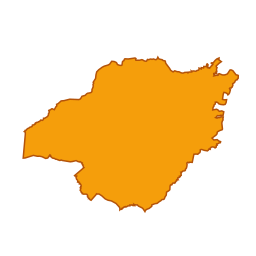 Ban Bueng, Chon Buri, Thailand (Natural Earth projection), rotated 98°
{"feature_id": "78962969B10446742029293", "entity_name": "Ban Bueng", "entity_type": "district", "adm_level": 2, "iso_a3": "THA", "parent_name": "Thailand", "parent_adm1": "Chon Buri", "projection": "natural_earth1", "projection_center": [101.2, 13.24], "detail": "fine", "context": "isolated", "style": "filled", "palette": "amber", "viewbox_px": 256, "rotation_deg": 98, "n_neighbors": 0, "source": "geoboundaries", "source_scale": "gbopen_adm2", "svg_char_len": 5709}
<svg xmlns="http://www.w3.org/2000/svg" viewBox="0 0 256 256"><g transform="rotate(98 128 128)"><path d="M102.3,35.6L98.6,35.4L98.0,37.5L98.8,39.9L97.5,41.6L97.1,43.0L98.3,46.6L95.7,46.6L94.3,45.9L93.4,46.1L92.0,44.9L90.3,45.1L90.3,44.4L89.9,43.8L90.7,42.1L91.4,41.5L91.8,39.4L91.7,36.7L91.1,35.1L89.2,34.4L86.2,34.3L86.7,36.4L86.5,38.4L81.3,38.4L79.4,38.0L79.4,36.6L80.1,34.6L81.3,33.7L80.4,32.9L79.0,32.3L75.9,31.9L75.6,32.5L74.7,33.0L74.2,32.6L74.1,31.4L73.3,31.1L73.1,30.6L71.1,30.1L69.6,30.5L68.1,28.8L66.7,28.5L65.4,27.6L64.9,26.4L64.2,26.5L63.4,25.8L60.7,26.1L60.4,26.6L60.3,28.4L56.6,32.2L56.1,34.1L56.4,35.1L60.6,37.1L61.6,38.8L62.1,40.1L62.3,41.9L61.5,45.2L62.1,46.2L63.0,46.0L63.4,46.4L63.2,47.0L64.4,50.2L63.4,49.9L63.0,50.5L62.1,50.7L61.8,50.1L61.8,49.8L62.1,49.7L61.7,48.2L61.5,48.4L61.1,48.1L60.7,48.1L60.5,48.8L59.6,48.5L59.5,48.0L57.3,48.6L55.8,48.2L55.3,49.0L54.3,49.3L51.2,46.8L49.3,44.8L47.6,47.9L47.2,47.5L46.0,47.6L47.3,49.7L48.8,51.0L51.6,52.7L51.9,54.5L52.3,54.6L52.6,54.3L52.7,53.3L53.2,52.8L54.6,53.6L54.7,54.0L56.0,54.6L56.8,55.3L56.9,55.9L57.4,55.7L57.2,57.7L54.3,57.5L53.9,58.4L53.5,58.4L53.5,58.6L54.5,59.0L55.7,58.9L56.0,59.3L56.3,59.1L56.5,61.5L58.0,61.5L58.0,63.8L59.3,63.7L58.8,66.0L59.8,65.8L60.9,66.2L61.4,67.6L62.4,68.7L62.4,71.1L62.9,72.9L62.8,73.1L63.6,72.7L63.7,73.0L64.1,75.3L64.9,76.1L64.4,76.2L65.1,79.7L65.7,80.5L66.0,81.3L66.0,82.9L65.2,85.4L65.4,87.2L64.9,89.4L65.0,90.0L66.0,90.8L66.1,91.4L64.9,93.8L63.2,95.1L58.6,99.7L57.1,100.2L56.4,100.6L56.3,102.6L55.6,103.7L55.4,106.6L55.0,107.3L53.7,108.3L55.5,108.8L56.4,109.7L56.5,110.4L56.1,112.5L56.7,113.8L56.5,114.9L56.8,115.8L57.5,117.2L57.4,118.3L59.1,118.9L59.4,119.4L59.3,121.2L58.5,123.0L58.4,123.9L59.3,126.0L59.8,129.6L59.1,130.0L58.1,129.8L57.7,130.8L59.6,137.3L59.9,140.7L60.5,141.2L61.8,141.4L62.5,142.3L63.2,142.7L66.4,142.7L67.0,143.4L67.1,145.3L66.6,147.3L65.0,148.4L64.6,149.1L64.1,150.9L64.2,153.4L67.4,155.1L68.4,156.5L70.1,160.2L71.4,162.0L74.4,165.1L76.8,166.8L79.7,167.1L83.5,167.0L87.4,168.8L87.8,168.8L88.3,168.2L89.9,168.7L91.0,168.3L92.5,168.3L94.8,169.0L96.8,168.8L97.8,169.3L98.5,170.6L99.2,172.8L99.9,173.7L101.6,174.9L103.0,178.0L105.2,178.9L106.0,179.4L106.7,180.6L107.6,189.7L109.8,195.1L110.5,198.0L113.6,200.6L114.5,202.0L116.1,201.6L117.1,202.4L120.1,203.5L119.5,205.8L119.8,206.5L120.8,207.3L121.3,208.6L121.9,208.9L122.7,208.2L123.9,208.2L124.5,208.7L126.7,208.7L128.1,209.6L129.9,211.8L130.1,213.0L131.2,212.9L132.3,213.7L132.4,214.1L132.2,215.4L133.9,216.6L134.2,217.5L134.9,218.1L135.1,219.2L135.7,220.1L135.9,220.3L136.2,220.0L137.0,220.4L137.1,221.1L137.9,221.4L138.4,223.1L139.9,223.2L141.1,225.6L142.0,226.2L142.3,227.0L143.4,228.1L144.3,228.5L144.7,229.5L145.0,229.4L146.0,230.2L146.4,229.1L148.7,228.8L172.4,227.6L172.0,225.7L168.3,217.9L168.6,213.7L168.2,211.5L168.4,209.1L169.6,205.3L168.9,203.3L165.5,201.6L165.9,200.8L167.1,200.8L167.1,200.2L168.2,198.8L168.4,197.8L168.3,196.9L169.0,195.2L168.9,194.2L169.3,192.9L169.2,192.6L169.6,191.7L169.6,190.8L169.0,189.8L169.3,188.5L169.5,180.5L169.0,178.6L167.5,174.8L168.1,173.3L168.4,171.3L168.0,170.9L168.2,170.1L168.8,169.4L168.9,168.8L169.2,169.0L169.5,168.5L170.0,168.4L170.5,167.7L170.8,167.9L171.8,167.0L173.2,166.7L173.4,166.2L182.6,174.3L182.9,173.9L182.8,172.1L183.2,172.2L183.4,172.7L184.1,172.6L185.9,171.8L186.6,170.8L187.8,170.4L188.0,169.9L188.2,170.0L188.1,169.6L188.3,169.2L188.8,169.5L189.4,168.0L189.8,167.6L190.0,167.8L190.0,167.4L190.2,167.2L190.4,167.4L190.7,166.8L192.0,166.2L192.6,166.6L193.1,166.5L193.0,166.8L193.4,166.9L193.8,167.0L193.9,166.6L194.5,166.3L196.3,166.7L197.6,165.4L198.3,165.3L198.8,164.1L199.4,164.2L199.7,163.0L199.3,160.0L199.5,159.3L199.9,158.9L201.4,158.6L201.3,158.3L201.9,158.3L203.1,156.8L203.4,157.0L203.4,156.4L204.2,155.8L204.7,154.5L198.7,150.5L197.5,150.0L197.7,149.4L197.4,147.5L198.8,144.5L201.4,140.7L202.3,137.7L202.5,134.3L204.4,129.3L207.6,125.5L208.9,124.8L210.0,124.7L209.6,124.4L209.7,123.8L209.4,123.2L208.6,123.0L208.8,122.4L207.9,122.0L207.8,121.7L207.5,121.7L206.8,120.9L206.3,120.0L206.7,119.8L206.2,119.1L206.3,118.5L205.2,117.4L204.8,115.4L204.1,115.7L203.9,115.5L204.0,114.2L203.6,113.6L204.1,112.4L203.5,112.2L203.9,111.7L203.7,111.5L203.8,111.1L203.5,111.3L203.4,110.9L203.2,111.0L203.4,110.7L203.0,110.7L203.2,110.0L203.0,109.8L203.1,109.2L202.8,108.2L203.9,106.7L205.0,103.3L205.6,102.1L208.4,99.6L207.0,99.2L205.8,97.9L204.7,95.9L202.3,93.6L200.8,93.7L199.2,90.8L198.6,88.7L196.4,86.6L195.6,85.5L194.1,84.4L193.8,82.9L193.2,82.2L191.3,81.8L189.2,80.8L186.1,80.9L184.6,79.0L183.3,78.0L179.6,78.3L178.5,78.0L178.4,77.3L178.0,77.1L178.1,76.7L176.4,76.0L176.0,74.5L175.7,74.3L175.7,74.0L175.9,73.9L175.5,73.5L174.8,73.6L173.6,72.6L173.3,72.7L173.2,72.2L172.4,72.1L172.2,72.3L171.9,71.8L172.0,71.3L171.3,71.7L170.3,71.6L170.3,71.3L169.9,71.1L170.0,70.6L169.5,70.1L169.0,69.8L168.7,70.0L168.7,69.5L168.0,69.4L167.5,68.7L165.5,69.2L164.9,68.9L164.4,69.4L164.2,68.7L163.1,67.8L162.4,65.7L161.7,65.3L160.9,65.4L159.6,64.6L158.1,64.4L156.0,64.4L154.6,64.9L153.6,63.9L154.0,62.9L153.3,62.3L153.1,59.6L144.8,59.1L144.3,56.8L144.3,55.2L143.6,54.8L142.3,53.4L141.0,53.2L139.6,53.4L139.2,52.9L139.0,51.9L139.5,49.4L139.6,46.2L138.7,45.3L137.8,45.2L137.7,43.7L136.8,44.1L136.5,43.6L135.4,42.9L134.9,41.5L135.1,39.4L135.6,39.0L134.7,38.0L133.0,38.1L132.6,37.3L131.5,37.9L131.2,37.0L130.1,35.6L129.7,34.5L128.6,34.4L128.3,36.1L127.1,38.1L127.9,41.3L126.3,43.4L122.4,39.5L121.2,39.0L119.9,39.1L119.3,38.8L117.7,36.7L116.6,34.5L115.9,34.3L110.0,35.8L108.2,35.6L106.8,35.0L105.5,35.3L103.9,35.2L104.0,37.5L104.9,38.5L105.1,40.0L105.8,41.2L105.5,42.7L104.9,42.1L103.3,41.2L103.2,39.4L102.5,38.1L102.3,35.6Z" fill="#f59e0b" stroke="#b45309" stroke-width="1.5"/></g></svg>